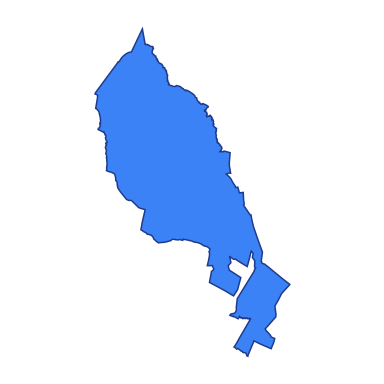 outline of Otzolotepec, México, Mexico, rotated 279°
{"feature_id": "50627088B76807982873718", "entity_name": "Otzolotepec", "entity_type": "district", "adm_level": 2, "iso_a3": "MEX", "parent_name": "Mexico", "parent_adm1": "México", "projection": "mercator", "projection_center": [-99.535, 19.444], "detail": "fine", "context": "isolated", "style": "filled", "palette": "blue", "viewbox_px": 384, "rotation_deg": 279, "n_neighbors": 0, "source": "geoboundaries", "source_scale": "gbopen_adm2", "svg_char_len": 6034}
<svg xmlns="http://www.w3.org/2000/svg" viewBox="0 0 384 384"><g transform="rotate(279 192 192)"><path d="M259.6,83.8L259.7,84.1L257.9,86.4L256.2,87.8L255.4,88.0L254.7,88.4L253.8,88.6L251.5,89.7L249.5,90.1L248.8,90.4L247.5,90.6L246.0,90.3L245.6,90.9L245.4,90.7L245.3,90.3L244.7,90.4L244.1,90.5L243.3,91.1L243.1,90.9L241.1,90.6L240.2,89.6L239.4,89.4L238.7,89.9L238.7,91.1L238.1,92.5L237.8,93.5L237.2,95.2L237.5,95.5L237.5,95.8L236.6,96.1L235.7,97.0L235.4,97.1L235.1,97.0L234.9,97.1L234.9,97.5L234.5,98.0L232.9,98.4L231.8,98.0L230.8,98.7L230.1,98.8L229.2,99.4L228.6,100.4L227.7,100.4L227.5,100.2L227.2,99.4L226.9,99.3L226.7,99.3L226.9,99.6L226.2,99.9L225.9,99.6L225.3,99.9L225.0,100.3L224.0,99.7L223.1,99.6L222.6,99.4L222.2,99.7L221.0,100.1L220.2,100.9L219.6,101.0L217.2,100.9L216.4,100.8L215.5,101.6L213.5,102.3L213.2,102.3L212.8,102.0L212.0,102.4L209.3,103.0L208.5,103.3L205.3,103.9L204.4,103.7L203.7,103.8L203.1,103.8L200.9,104.2L199.8,104.1L199.3,105.5L198.9,109.0L198.0,112.4L196.6,113.3L194.2,114.3L191.4,114.9L190.0,116.6L188.4,116.7L184.4,118.1L181.2,121.0L174.5,128.4L173.8,130.6L174.2,133.4L168.3,141.8L167.8,143.6L167.3,148.4L165.8,148.4L152.9,147.5L151.1,147.6L146.9,147.4L146.6,147.6L146.2,148.7L145.2,150.7L144.6,152.9L143.6,153.9L143.2,154.8L143.5,155.6L143.1,157.0L142.9,158.6L141.5,160.5L139.7,161.5L137.4,165.0L136.5,167.0L136.8,167.6L137.9,172.0L138.8,174.8L139.7,176.4L140.5,178.5L142.0,179.6L142.3,180.6L142.4,182.2L142.6,182.7L142.3,183.4L142.6,186.2L143.1,187.0L142.8,190.4L144.0,190.5L143.8,196.4L143.6,196.8L143.8,197.9L143.2,200.9L142.9,201.9L142.9,205.8L142.3,208.6L141.7,209.9L141.1,211.1L140.7,212.4L140.5,213.4L140.4,215.4L138.6,218.7L135.4,218.2L135.3,218.6L134.3,218.9L131.7,219.2L126.0,219.0L122.8,218.7L121.6,218.7L122.5,223.7L120.9,224.5L119.6,225.4L118.9,225.6L116.7,223.8L116.9,223.7L105.4,223.4L100.1,238.7L95.9,249.3L102.7,252.3L115.1,253.6L120.7,241.0L124.8,239.3L125.2,239.5L128.3,241.5L133.6,239.5L134.5,238.9L132.7,242.2L132.1,243.8L132.4,245.5L132.2,246.0L129.7,251.5L127.0,258.2L134.1,259.0L142.8,259.7L142.9,259.8L140.7,262.1L136.9,261.8L133.8,264.8L127.7,265.5L127.1,266.7L125.0,265.8L124.1,265.9L124.0,266.0L93.8,253.4L84.7,253.8L84.2,254.0L82.5,254.3L80.8,254.0L80.1,253.7L78.7,252.8L78.3,251.1L77.4,249.2L76.1,248.7L75.3,252.2L75.8,252.4L74.0,257.4L76.4,258.4L75.7,258.8L75.4,259.4L75.9,259.6L75.5,261.2L75.2,261.1L75.0,261.6L75.6,261.7L75.1,263.1L75.9,263.4L75.4,264.9L76.2,265.2L75.6,266.7L76.0,266.8L75.5,268.1L76.3,268.5L75.9,269.7L55.5,261.8L50.0,259.8L46.6,258.4L46.5,258.2L45.5,257.8L45.5,258.2L45.3,258.6L43.8,260.6L43.8,260.8L43.9,261.1L44.5,261.5L44.6,261.9L42.5,265.6L42.6,266.1L42.5,266.3L42.3,266.7L41.5,267.4L41.4,267.7L41.5,268.9L41.5,269.8L41.2,270.5L38.8,271.9L38.6,272.1L38.5,272.8L38.8,272.7L54.6,276.5L52.4,283.8L49.6,294.7L53.2,295.5L53.7,295.7L57.2,296.4L60.3,296.6L61.1,293.1L61.4,292.6L62.7,292.0L66.3,287.5L67.5,286.2L68.2,285.7L81.7,294.3L84.3,294.1L92.3,291.7L99.2,294.3L104.8,296.1L106.3,296.8L115.9,303.1L116.1,303.0L120.8,294.4L130.5,278.0L130.4,277.9L132.1,275.1L132.5,272.6L133.0,271.9L134.0,271.7L134.1,271.2L143.6,271.0L156.5,263.9L167.3,258.2L173.2,255.7L178.6,253.8L178.3,253.2L187.0,245.0L188.0,245.5L190.2,244.9L191.8,244.3L199.6,242.7L198.6,238.9L204.0,236.5L203.2,234.2L204.9,233.6L207.2,231.3L210.9,228.5L212.5,226.9L215.1,223.0L215.9,224.6L216.2,225.0L216.6,225.7L216.6,227.2L223.8,224.8L226.7,224.3L236.8,223.5L237.3,219.0L237.4,217.1L236.7,216.7L236.2,213.2L238.0,214.4L238.8,214.3L239.6,214.8L239.9,214.7L240.0,214.4L240.9,214.2L241.6,213.9L242.2,212.5L242.6,212.2L243.3,212.2L244.1,210.7L244.6,210.5L244.6,210.3L244.4,209.7L244.9,209.1L245.4,209.3L246.6,209.1L247.0,208.7L246.8,208.5L247.4,208.1L247.7,208.6L248.4,208.4L248.9,207.8L249.2,207.7L250.1,207.2L251.9,207.1L254.4,206.0L255.0,206.5L255.3,206.5L255.8,206.0L256.7,206.5L257.9,205.9L258.3,206.3L259.1,205.4L259.5,204.4L260.6,202.9L261.7,202.4L262.1,203.0L262.5,203.0L262.8,202.8L262.7,202.6L262.8,202.5L264.4,202.0L264.6,202.2L265.2,202.1L266.3,201.7L266.3,200.9L266.8,200.9L266.5,200.2L267.1,200.1L267.4,200.5L267.8,200.3L268.1,200.3L268.3,199.9L268.8,199.9L269.6,199.3L269.7,198.6L270.3,198.4L270.6,198.0L270.2,197.3L269.6,197.5L269.3,196.1L268.6,194.9L269.8,194.3L270.2,194.7L271.1,194.9L271.6,194.3L272.1,194.4L273.1,193.9L273.1,193.3L273.6,192.7L273.7,191.7L274.7,191.6L275.2,192.0L275.0,192.8L277.1,193.3L278.3,194.6L278.7,194.5L279.1,194.6L280.5,191.5L280.4,190.4L281.0,189.5L281.1,189.0L280.5,188.7L280.4,188.5L280.4,187.4L280.1,187.2L280.8,185.9L281.4,185.7L281.2,185.2L282.2,184.6L282.4,183.9L283.7,182.6L285.1,182.0L285.6,182.0L285.7,181.2L286.6,180.1L287.6,179.6L288.6,178.3L290.3,174.8L291.5,171.8L291.7,170.8L291.3,170.5L291.0,170.0L291.6,169.7L291.5,169.4L291.7,168.4L292.2,167.6L292.6,167.3L293.1,166.1L293.2,165.4L294.0,164.5L294.2,164.0L294.6,162.1L294.5,160.4L294.7,160.0L293.6,158.9L293.3,156.9L293.9,155.1L293.8,154.6L294.0,153.4L294.5,152.7L294.3,152.2L294.6,151.9L295.8,152.3L296.9,151.2L297.7,150.9L297.6,150.4L298.0,150.2L298.7,150.5L299.7,149.9L300.0,150.1L302.1,149.5L302.5,149.7L303.5,149.7L304.6,148.6L304.9,148.5L305.2,148.6L305.9,148.2L306.3,148.2L306.7,147.8L307.6,147.8L307.8,147.1L308.3,147.1L309.7,145.7L309.8,145.4L310.4,145.5L310.6,145.1L310.2,144.5L310.2,144.1L310.5,143.8L311.9,143.6L312.5,142.8L313.2,142.5L314.1,140.6L313.9,139.9L315.1,138.6L315.9,138.0L316.1,137.6L316.4,137.7L316.7,137.0L317.3,137.1L317.6,136.5L318.2,136.6L318.8,135.6L320.6,134.9L320.8,133.3L321.8,132.9L322.4,131.5L323.3,130.7L324.7,130.9L325.7,130.7L326.3,131.0L327.0,131.0L327.3,131.3L327.7,131.0L328.1,131.4L328.7,130.7L329.5,130.5L329.3,128.7L330.0,126.7L330.5,126.2L330.3,125.6L330.8,124.4L330.4,123.5L330.6,123.3L330.5,122.8L330.6,122.5L331.0,122.6L331.8,122.2L343.8,118.0L345.3,117.6L345.5,117.5L321.0,110.3L319.9,107.7L318.6,105.8L317.7,104.8L316.5,103.7L313.6,101.5L309.7,99.8L309.0,99.2L309.0,98.7L308.2,98.4L274.7,81.0L273.6,80.9L273.5,81.7L273.1,83.2L272.6,83.6L272.2,83.7L270.0,83.9L259.6,83.8Z" fill="#3b82f6" stroke="#1e3a8a" stroke-width="1.5"/></g></svg>